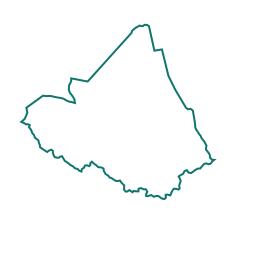 Filadélfia, Bahia, Brazil, rotated 321°
{"feature_id": "56859067B92163850644404", "entity_name": "Filadélfia", "entity_type": "district", "adm_level": 2, "iso_a3": "BRA", "parent_name": "Brazil", "parent_adm1": "Bahia", "projection": "robinson", "projection_center": [-40.167, -10.734], "detail": "fine", "context": "isolated", "style": "outline", "palette": "teal", "viewbox_px": 256, "rotation_deg": 321, "n_neighbors": 0, "source": "geoboundaries", "source_scale": "gbopen_adm2", "svg_char_len": 2334}
<svg xmlns="http://www.w3.org/2000/svg" viewBox="0 0 256 256"><g transform="rotate(321 128 128)"><path d="M48.9,56.1L50.4,58.9L51.2,61.2L52.7,62.1L53.5,64.0L51.5,65.1L51.6,67.4L51.2,69.6L50.4,71.7L50.5,74.3L49.6,77.0L50.1,79.3L50.6,81.4L49.5,83.2L48.7,85.9L47.6,87.6L48.3,90.4L49.3,93.5L50.1,95.8L52.2,95.8L54.7,96.5L55.2,98.5L54.0,100.0L53.0,102.6L52.8,104.7L54.0,106.2L55.7,107.7L57.4,107.7L59.0,108.4L58.6,110.8L58.2,113.8L59.1,116.4L59.7,118.9L60.1,121.0L61.1,123.0L61.4,125.9L63.0,128.1L63.3,130.6L64.4,132.5L66.3,130.9L68.5,131.2L70.9,130.1L72.8,131.3L73.8,133.2L75.5,133.0L76.5,131.6L78.7,131.4L79.2,134.7L79.9,136.9L80.2,139.7L82.4,141.8L83.5,144.1L82.2,146.1L81.6,149.7L82.6,152.5L82.6,155.0L83.7,156.5L84.1,158.3L85.3,161.6L87.2,163.0L88.7,163.8L88.5,166.6L88.9,170.2L87.7,171.6L86.1,173.5L86.2,176.0L87.6,176.9L90.0,177.1L90.5,178.9L91.1,180.8L92.7,180.4L94.3,182.2L96.2,183.8L98.0,181.9L100.2,182.8L101.4,185.3L103.3,186.8L102.9,189.7L100.7,190.6L99.3,192.3L100.7,193.6L102.3,194.0L103.9,194.8L104.8,197.7L107.0,198.5L108.7,199.9L109.6,202.9L110.3,204.7L111.6,206.1L113.6,206.0L115.2,203.6L116.7,204.5L118.5,207.0L120.1,206.1L121.8,205.2L123.6,204.5L125.4,204.0L127.2,205.7L128.6,207.7L130.2,207.4L131.4,205.1L133.3,203.8L135.4,202.6L136.4,200.3L136.9,197.5L139.5,197.8L141.9,198.3L144.7,197.1L147.2,197.8L147.0,200.8L148.7,202.7L150.9,202.9L153.4,202.9L156.7,203.5L158.6,204.9L160.4,204.5L162.6,204.1L164.6,203.8L166.6,204.8L167.7,206.7L169.6,207.7L172.6,207.0L174.9,207.0L173.2,205.3L173.1,202.7L174.6,200.4L175.0,198.4L175.0,196.2L175.0,193.9L176.2,192.5L177.9,191.1L178.3,188.9L178.7,186.7L178.8,184.3L178.8,182.0L179.5,180.0L179.4,177.8L179.8,175.2L179.9,172.6L180.6,169.9L182.2,167.8L183.5,165.7L189.3,155.4L188.8,152.6L186.4,151.2L185.8,148.8L188.8,128.1L192.2,113.0L203.8,88.3L197.2,84.5L208.4,62.0L207.6,59.8L205.7,58.2L203.9,58.2L202.4,57.2L201.3,55.6L199.4,55.4L196.8,54.9L192.4,55.0L190.6,56.3L158.1,61.4L136.0,64.9L132.9,65.4L129.1,66.0L125.9,66.5L115.1,53.7L113.2,55.9L111.2,56.9L109.2,57.7L107.6,59.3L106.1,61.0L105.0,63.9L105.0,66.7L104.8,69.7L104.5,71.7L102.5,75.2L100.5,72.3L98.6,70.1L97.3,67.3L96.3,64.7L95.2,63.0L93.8,61.4L92.5,60.0L91.1,58.4L89.9,56.8L88.5,55.0L86.9,53.4L85.2,52.3L83.6,50.8L82.3,49.4L61.8,48.3L59.4,52.8L53.6,55.9L48.9,56.1Z" fill="none" stroke="#0f766e" stroke-width="2"/></g></svg>